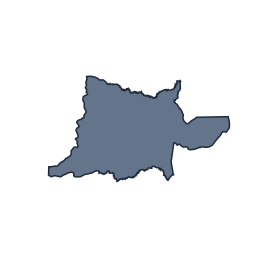 Somdet, Kalasin, Thailand (Mercator projection), rotated 240°
{"feature_id": "78962969B31755539935973", "entity_name": "Somdet", "entity_type": "district", "adm_level": 2, "iso_a3": "THA", "parent_name": "Thailand", "parent_adm1": "Kalasin", "projection": "mercator", "projection_center": [103.756, 16.783], "detail": "fine", "context": "isolated", "style": "filled", "palette": "slate", "viewbox_px": 256, "rotation_deg": 240, "n_neighbors": 0, "source": "geoboundaries", "source_scale": "gbopen_adm2", "svg_char_len": 5850}
<svg xmlns="http://www.w3.org/2000/svg" viewBox="0 0 256 256"><g transform="rotate(240 128 128)"><path d="M193.3,117.9L190.6,116.6L188.2,114.0L186.1,113.7L184.1,111.1L182.0,111.5L181.3,111.1L180.0,109.7L178.3,110.2L177.7,110.0L177.4,109.6L177.6,106.6L177.3,104.7L175.2,103.1L174.0,102.7L171.5,102.7L169.0,101.0L167.5,100.3L166.0,100.1L163.7,100.2L162.5,99.4L161.0,96.2L159.5,95.3L158.9,94.7L159.0,94.0L159.5,93.4L158.8,92.0L159.5,89.7L159.3,87.5L158.9,86.6L157.9,86.3L155.0,86.6L153.6,86.4L153.5,83.9L152.3,82.0L151.8,81.7L147.3,81.2L145.6,80.5L144.8,79.8L145.1,78.0L144.8,77.0L142.8,77.4L141.8,77.3L140.2,76.3L137.9,75.9L136.7,75.1L136.6,74.9L138.2,72.2L138.2,71.4L136.7,67.4L134.1,65.9L133.0,64.7L132.5,61.7L132.7,58.9L131.7,56.2L131.8,52.3L130.4,48.0L130.5,47.2L131.7,45.5L132.6,42.6L134.0,40.0L126.9,35.6L124.3,37.0L123.2,41.0L119.5,45.0L119.3,46.7L119.9,48.0L119.4,48.8L119.4,50.3L119.1,50.7L119.2,51.7L118.9,54.4L118.0,56.9L116.8,58.3L115.0,58.0L113.8,57.1L112.5,57.5L111.9,58.1L109.6,62.3L109.3,67.6L108.0,71.1L107.7,72.8L107.1,73.9L107.1,76.9L106.7,79.3L106.0,80.7L104.5,81.2L104.6,80.9L103.8,81.0L103.8,80.6L103.3,80.3L103.3,81.0L102.8,81.9L101.6,82.5L101.1,83.4L100.4,83.4L100.5,83.9L100.1,84.3L100.4,84.4L100.4,84.8L99.7,85.7L100.2,86.5L99.8,87.2L100.9,88.1L101.0,88.8L100.1,89.6L99.9,90.2L99.1,89.8L98.8,89.3L98.3,89.8L97.8,89.7L96.9,92.0L96.5,91.9L96.6,92.2L96.3,92.2L96.2,92.7L95.9,92.9L95.2,92.9L94.1,92.3L93.8,91.4L93.4,91.6L93.2,92.0L92.2,91.4L91.7,91.4L91.6,91.1L91.2,91.5L90.4,91.4L90.4,91.9L89.7,92.1L89.5,92.6L88.6,92.4L87.8,91.7L87.5,92.4L87.1,92.2L87.1,93.4L87.8,94.8L87.3,95.0L87.4,96.9L87.0,97.3L86.5,97.3L86.9,98.0L86.5,98.2L86.2,98.1L85.7,99.3L85.1,99.9L85.8,100.3L85.7,100.6L85.9,100.8L85.1,101.4L84.9,102.3L85.6,103.9L85.0,104.2L84.1,105.6L83.9,105.5L83.8,105.9L83.4,106.0L83.0,106.8L83.2,107.1L82.8,107.2L83.1,107.7L82.7,107.8L82.3,108.4L82.9,109.0L82.7,109.1L82.7,109.9L83.0,110.3L82.8,110.9L83.3,110.7L83.7,111.7L83.4,112.3L84.2,112.7L83.9,113.8L84.3,113.8L84.1,114.2L84.6,114.6L84.1,114.9L84.7,115.4L84.6,115.6L84.9,115.8L84.9,116.2L85.1,116.1L85.0,116.9L85.5,116.9L85.7,117.3L85.2,118.0L84.9,119.7L84.2,120.4L83.7,120.5L83.5,120.3L82.7,120.8L83.0,121.0L82.6,121.7L83.0,121.9L82.8,122.2L83.0,122.3L82.2,124.4L83.1,124.8L83.3,125.7L81.2,128.4L81.6,128.6L81.5,128.9L81.7,128.7L82.4,129.1L82.5,129.6L82.2,130.5L80.9,132.1L79.5,132.7L78.7,134.3L77.8,134.4L77.8,134.7L77.1,134.5L77.1,134.8L76.7,134.8L76.7,135.2L76.4,135.3L76.4,135.8L76.0,135.5L76.1,136.1L75.3,135.7L75.4,136.0L75.0,136.4L74.7,136.3L74.6,135.8L74.6,136.4L73.0,137.1L72.9,136.8L72.2,137.0L71.8,136.5L70.3,136.5L69.5,135.3L69.1,135.3L68.7,135.9L68.5,136.2L67.5,136.0L67.2,136.5L66.2,136.0L65.5,135.9L64.7,136.3L64.0,135.9L63.3,136.0L62.7,136.6L63.1,137.5L63.9,138.4L64.2,139.8L64.9,141.5L65.1,143.0L64.7,144.1L66.2,144.4L77.1,148.4L92.3,160.3L91.1,161.6L88.5,162.0L88.6,164.3L85.1,165.5L83.7,166.6L82.4,169.4L81.8,169.8L79.4,169.7L78.1,170.9L76.3,175.0L75.4,180.6L75.0,180.7L75.0,182.1L72.0,186.4L71.2,188.4L70.9,191.6L71.1,192.8L73.3,198.0L75.5,204.5L77.1,207.1L77.1,208.9L75.2,211.1L77.4,215.6L79.2,217.0L82.4,218.7L87.7,220.4L103.0,192.8L102.6,190.4L102.5,186.1L101.6,182.0L102.7,180.9L104.2,180.3L106.5,179.9L109.7,180.7L110.8,182.0L112.1,182.5L116.5,183.0L118.7,182.8L119.3,182.1L120.1,182.4L121.6,182.2L122.9,182.5L124.7,182.0L125.4,181.5L126.4,181.5L126.8,181.0L127.5,181.2L128.7,182.0L128.2,182.2L128.2,182.7L128.5,182.7L129.1,184.6L129.1,186.3L130.8,187.1L131.2,186.8L131.9,187.1L132.3,188.3L133.3,188.6L133.3,189.0L133.9,189.1L134.0,189.5L134.6,189.6L134.5,190.0L134.5,190.9L135.7,193.0L140.6,195.4L142.2,196.9L143.0,196.9L142.9,196.4L142.5,196.3L142.4,195.8L143.0,196.0L143.3,195.6L143.3,195.0L143.9,194.6L144.2,193.9L143.5,193.8L143.4,193.3L143.0,193.2L142.1,192.2L141.6,192.4L141.7,191.5L142.3,191.0L141.4,190.9L141.1,190.0L140.9,190.4L140.4,190.3L140.5,189.4L140.1,189.5L139.9,189.4L139.8,188.7L139.5,188.8L139.1,187.0L138.7,186.5L139.4,185.5L139.5,183.5L140.5,182.3L141.1,182.2L141.3,181.3L141.8,180.9L140.8,180.1L141.4,179.8L141.7,180.3L142.2,180.1L143.0,178.5L142.8,177.5L143.2,176.2L142.8,175.5L143.4,174.5L143.4,173.8L142.9,173.1L143.2,173.0L142.9,172.8L143.3,172.5L142.8,171.4L143.2,170.5L142.7,170.4L143.0,170.0L142.8,169.6L141.9,169.7L141.3,169.0L141.4,168.7L140.9,168.7L141.2,168.1L141.2,167.7L140.8,167.5L140.9,167.2L140.3,167.3L140.8,165.7L141.2,165.8L141.6,165.2L141.3,164.8L142.1,164.2L143.0,164.4L143.2,163.5L143.4,163.6L144.0,162.3L144.2,162.6L144.2,162.1L144.7,161.6L145.2,162.1L145.3,161.7L145.8,161.8L146.1,161.3L146.4,161.3L146.4,161.0L146.8,160.8L146.8,160.1L146.6,160.0L147.0,159.5L146.9,159.1L147.8,159.1L148.5,158.4L148.5,158.1L148.8,158.3L149.4,157.9L150.2,158.1L150.5,157.4L150.9,157.7L151.5,157.3L151.9,157.5L151.8,157.0L152.3,156.8L152.5,156.5L152.8,156.9L152.7,156.2L153.6,155.7L153.2,155.3L153.2,153.4L153.5,153.2L154.2,153.5L154.2,153.1L154.5,153.2L155.0,152.7L155.2,153.0L155.9,152.3L155.8,151.9L156.3,151.7L156.2,151.4L155.8,151.4L156.1,151.2L156.0,150.7L156.5,150.5L156.0,150.0L156.1,149.1L156.6,148.9L156.9,148.3L157.5,148.5L157.8,147.6L158.3,147.7L158.4,148.0L159.5,148.1L160.2,148.6L161.0,148.4L160.7,148.3L160.8,147.5L162.0,147.1L162.0,146.8L162.4,147.1L162.7,146.5L162.1,146.2L162.1,145.6L162.5,144.8L162.3,144.2L161.9,144.3L161.9,143.9L162.4,143.4L163.2,143.5L163.2,143.9L163.5,143.7L163.3,142.6L163.7,142.5L164.1,141.8L164.4,142.3L164.7,142.0L165.2,142.2L165.4,141.9L167.4,142.0L167.6,141.9L167.5,141.5L168.6,141.9L168.8,141.5L169.2,141.5L169.4,141.0L170.2,141.2L171.1,140.6L171.9,139.6L172.3,138.4L172.6,138.2L172.5,137.8L173.1,137.4L173.2,136.6L173.7,136.8L174.4,135.2L174.8,134.8L175.3,134.7L174.8,134.2L176.1,133.0L175.9,132.3L176.6,132.4L176.9,132.0L178.7,131.9L181.9,130.7L183.9,127.3L185.8,126.7L188.4,125.0L191.5,121.6L193.3,117.9Z" fill="#64748b" stroke="#1e293b" stroke-width="1.5"/></g></svg>